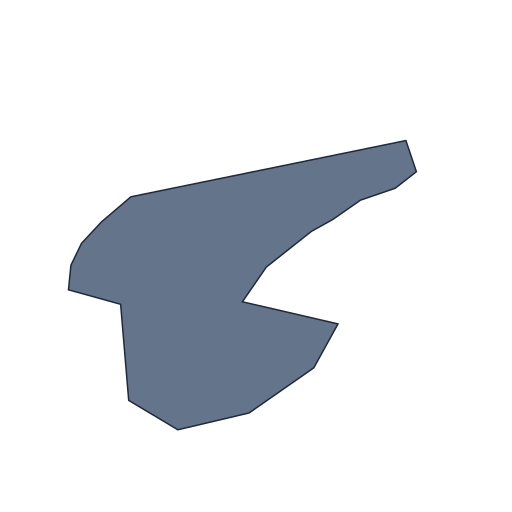 Vårdö, orthographic projection, rotated 232°
{"feature_id": "ALD-4820", "entity_name": "Vårdö", "entity_type": "state/province", "adm_level": 1, "iso_a3": "ALA", "parent_name": "Aland", "parent_adm1": "", "projection": "orthographic", "projection_center": [20.395, 60.233], "detail": "fine", "context": "isolated", "style": "filled", "palette": "slate", "viewbox_px": 512, "rotation_deg": 232, "n_neighbors": 0, "source": "natural_earth", "source_scale": "10m", "svg_char_len": 407}
<svg xmlns="http://www.w3.org/2000/svg" viewBox="0 0 512 512"><g transform="rotate(232 256 256)"><path d="M344.8,87.4L362.7,104.5L373.4,126.3L378.0,155.2L379.7,193.9L254.7,445.2L223.7,434.3L223.7,407.4L235.7,372.6L237.5,339.0L241.3,314.9L240.9,257.3L228.3,217.1L152.0,278.8L132.3,232.7L136.6,153.9L167.2,87.4L220.6,66.8L301.3,119.6L344.8,87.4Z" fill="#64748b" stroke="#1e293b" stroke-width="1.5"/></g></svg>